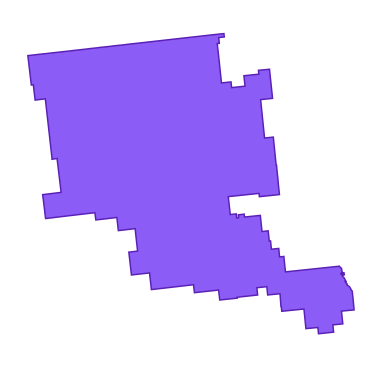 the district of Leonora, Western Australia, Australia, rotated 354°
{"feature_id": "25037944B70988604830145", "entity_name": "Leonora", "entity_type": "district", "adm_level": 2, "iso_a3": "AUS", "parent_name": "Australia", "parent_adm1": "Western Australia", "projection": "albers", "projection_center": [121.72, -28.394], "detail": "fine", "context": "isolated", "style": "filled", "palette": "violet", "viewbox_px": 384, "rotation_deg": 354, "n_neighbors": 0, "source": "geoboundaries", "source_scale": "gbopen_adm2", "svg_char_len": 3265}
<svg xmlns="http://www.w3.org/2000/svg" viewBox="0 0 384 384"><g transform="rotate(354 192 192)"><path d="M240.3,37.8L237.4,37.8L230.8,37.8L215.8,37.9L185.8,38.1L160.2,38.3L142.1,38.4L140.2,38.5L139.0,38.5L135.9,38.5L132.8,38.5L131.5,38.5L129.6,38.5L128.4,38.5L126.5,38.6L125.3,38.6L122.2,38.6L120.9,38.6L120.3,38.6L119.7,38.6L118.4,38.6L115.3,38.6L111.6,38.7L108.4,38.7L104.7,38.7L101.6,38.8L101.2,38.8L53.6,39.1L43.0,39.2L43.4,68.8L45.4,68.8L45.6,84.2L55.8,84.0L55.9,87.3L56.0,102.3L56.3,144.1L56.2,144.8L58.3,144.7L59.3,144.7L61.3,144.6L61.8,178.7L43.2,179.0L43.4,187.7L43.6,202.7L43.6,203.1L70.9,202.7L72.0,202.7L88.2,202.5L93.3,202.5L93.4,209.7L98.8,209.7L114.6,209.5L114.7,222.7L131.6,222.5L131.7,245.1L122.9,245.2L123.1,268.2L133.7,268.1L139.3,268.1L141.3,268.0L141.4,279.6L141.4,281.7L141.4,283.7L141.4,284.8L183.8,284.4L183.9,292.4L208.2,292.3L208.3,302.3L211.4,302.3L213.4,302.3L215.4,302.3L217.4,302.3L218.3,302.3L218.7,302.3L219.2,302.3L219.3,302.3L225.9,302.3L225.9,301.4L246.5,301.3L246.5,294.0L256.5,294.0L256.5,302.3L268.9,302.4L268.5,315.1L268.8,315.1L268.8,320.0L291.1,320.1L291.0,339.8L303.0,339.9L303.0,346.2L318.2,346.2L318.2,338.8L320.7,338.9L328.2,338.9L328.2,337.3L328.2,326.1L340.9,326.2L341.0,317.8L341.0,315.8L341.0,313.2L341.0,307.7L340.8,306.9L340.1,306.4L340.0,305.6L339.6,304.5L339.2,303.7L339.1,303.3L338.8,302.8L338.1,302.1L337.6,301.6L337.0,301.2L336.5,300.7L336.3,300.2L336.7,299.8L336.5,299.5L336.0,298.9L335.6,298.0L335.8,297.8L336.0,297.3L336.0,296.9L335.8,296.8L335.6,297.3L335.6,297.8L335.4,297.8L335.1,297.7L335.0,297.3L335.0,296.7L335.0,296.3L335.2,295.9L335.1,295.3L334.7,294.0L334.0,292.9L333.1,292.0L333.0,291.4L332.7,290.8L332.7,290.4L333.1,290.4L334.0,290.6L334.5,290.5L334.9,290.1L334.9,289.8L334.8,289.4L334.6,289.1L334.7,288.6L334.7,288.2L334.2,288.1L334.2,288.5L334.4,288.7L334.4,289.1L334.5,289.6L334.3,290.0L333.6,290.2L333.4,290.1L333.6,289.8L333.9,289.9L333.9,289.1L333.9,288.6L333.7,288.3L333.2,288.8L333.4,289.0L333.3,289.6L333.2,290.0L333.1,289.9L332.6,289.8L332.1,289.6L331.8,289.3L331.4,289.1L331.5,288.7L331.9,288.4L332.1,288.4L332.2,288.7L332.2,289.0L332.5,289.0L332.5,288.6L332.3,288.3L332.3,287.8L332.9,287.6L333.0,287.0L332.8,286.5L332.9,285.2L332.7,284.5L332.7,283.8L332.7,283.5L332.3,283.2L331.6,282.2L331.0,281.8L330.9,281.7L330.7,281.5L330.7,281.3L330.7,281.2L310.8,281.2L307.1,281.2L289.7,281.2L279.1,281.2L276.6,281.2L276.6,276.1L276.6,265.7L272.3,265.7L272.4,257.2L268.2,257.2L265.0,257.2L265.0,248.9L263.7,248.9L263.7,238.6L257.5,238.6L257.5,222.4L241.6,222.4L241.6,219.5L235.7,219.5L235.7,222.4L233.7,222.4L233.7,218.4L227.7,218.4L227.6,201.0L227.6,200.4L235.8,200.4L258.5,200.4L258.5,203.7L261.6,203.7L262.6,203.7L263.6,203.7L265.5,203.7L268.7,203.7L278.7,203.7L278.7,192.8L278.8,188.6L278.8,186.3L278.8,185.1L278.8,182.5L278.8,181.3L278.8,176.5L278.9,174.3L278.5,174.3L278.6,145.9L269.8,145.9L269.9,107.3L281.9,107.3L281.9,78.0L277.9,78.0L270.8,77.9L270.8,81.8L256.5,81.8L256.1,81.8L255.8,81.8L255.8,86.6L255.8,92.3L254.0,92.3L252.1,92.3L250.3,92.3L249.0,92.3L247.2,92.3L246.0,92.3L244.1,92.3L242.3,92.3L242.3,86.6L240.0,86.6L234.3,86.6L233.3,86.6L232.7,86.6L232.7,59.6L232.6,47.0L234.7,47.0L234.7,41.2L240.3,41.2L240.3,37.8Z" fill="#8b5cf6" stroke="#5b21b6" stroke-width="1.5"/></g></svg>